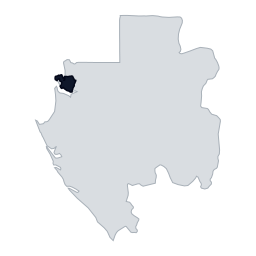 location of Komo-Mondah, Estuaire, Gabon
{"feature_id": "22940354B10433800471916", "entity_name": "Komo-Mondah", "entity_type": "district", "adm_level": 2, "iso_a3": "GAB", "parent_name": "Gabon", "parent_adm1": "Estuaire", "projection": "robinson", "projection_center": [9.643, 0.423], "detail": "fine", "context": "in_parent", "style": "filled", "palette": "ink", "viewbox_px": 256, "rotation_deg": 0, "n_neighbors": 0, "source": "geoboundaries", "source_scale": "gbopen_adm2", "svg_char_len": 4728}
<svg xmlns="http://www.w3.org/2000/svg" viewBox="0 0 256 256"><path d="M182.4,20.5L182.2,23.0L179.7,29.2L178.5,34.0L178.2,39.1L178.9,43.2L180.2,46.1L180.9,49.3L180.3,51.5L179.1,52.4L180.0,53.5L181.8,53.8L184.9,52.8L189.8,51.1L196.1,48.7L200.3,47.4L207.1,48.2L210.8,49.1L212.7,50.8L214.7,58.2L215.7,59.3L217.4,62.4L218.8,66.1L219.1,68.0L218.9,69.4L217.5,71.4L216.0,74.4L215.4,76.1L214.1,77.5L212.4,78.8L207.9,79.3L207.2,80.1L205.9,83.3L203.4,85.9L202.3,88.5L201.4,91.8L201.6,96.0L201.1,102.1L200.6,106.1L201.8,107.6L207.3,108.5L208.4,109.4L209.8,111.9L211.7,114.2L216.7,115.7L218.6,117.6L220.2,119.5L220.4,121.2L219.3,127.7L218.2,134.0L218.6,138.8L219.0,143.3L219.6,150.0L219.3,154.0L217.9,156.5L217.9,158.4L218.5,160.8L217.3,167.2L216.5,168.3L214.2,169.5L213.0,171.3L212.7,174.0L211.4,177.7L210.2,179.1L210.2,180.8L211.4,182.1L211.4,184.0L209.1,186.4L207.8,188.1L204.8,189.0L201.4,188.1L200.6,186.8L201.4,184.8L201.1,183.2L199.9,181.5L198.1,177.2L196.5,176.2L195.6,178.0L192.8,181.3L187.9,185.5L184.4,185.9L178.1,184.6L172.7,182.6L170.2,177.6L168.7,173.5L166.4,168.7L163.9,166.5L161.1,165.0L159.9,164.9L156.0,167.6L154.9,168.6L154.9,170.9L155.2,172.9L155.8,173.9L156.3,175.3L156.2,177.3L155.5,180.1L155.3,183.2L143.1,186.2L141.0,185.1L139.4,183.7L137.6,183.9L132.3,185.5L130.3,184.4L128.4,183.6L127.5,184.3L127.4,185.6L128.3,192.8L128.1,195.5L126.9,199.1L126.2,201.5L129.5,202.2L130.6,203.3L131.8,205.1L133.3,206.8L133.4,207.9L131.7,209.7L131.1,212.0L131.9,213.9L134.1,215.7L137.3,217.7L138.9,219.0L138.7,220.2L137.3,222.7L136.7,224.8L135.7,226.7L135.9,228.5L137.3,230.1L137.2,231.6L136.2,232.7L134.2,232.4L132.5,232.6L130.9,232.2L126.2,226.5L125.2,226.3L118.2,230.7L116.5,232.5L115.1,235.1L113.2,240.6L110.0,237.4L107.3,231.4L104.2,227.8L97.5,221.9L95.8,217.5L88.2,207.9L77.3,198.3L69.4,190.0L68.2,188.2L69.5,188.4L77.1,192.5L78.2,192.1L79.0,191.1L75.8,189.0L72.6,187.3L69.7,186.2L66.7,186.3L65.1,184.5L64.0,181.8L63.4,179.5L62.1,177.2L57.9,172.2L56.9,170.3L54.6,167.7L56.0,167.4L60.5,169.9L60.9,168.9L60.5,167.4L56.0,165.0L53.6,164.9L53.0,163.2L53.3,161.3L50.1,154.1L46.8,148.7L46.2,146.2L55.3,157.9L56.5,158.1L58.1,158.0L61.8,156.7L61.1,155.1L59.4,153.4L57.8,154.2L55.7,154.4L54.5,153.7L54.0,152.4L56.2,146.8L55.2,147.1L54.6,148.1L53.4,148.5L51.6,148.8L47.1,145.8L43.2,137.6L42.2,135.9L41.1,133.0L40.1,131.9L35.6,120.2L37.3,121.0L39.4,124.4L43.4,123.7L44.9,121.8L46.3,121.8L47.7,121.4L49.4,119.5L54.6,111.5L55.9,100.9L55.5,94.6L54.7,88.3L56.4,86.3L57.1,87.6L57.4,89.9L58.2,91.5L60.0,93.0L63.4,93.4L68.7,95.7L70.6,97.2L71.1,94.2L77.1,91.7L75.3,90.8L69.9,91.8L62.6,88.0L60.1,85.7L57.8,81.1L55.5,78.8L55.6,76.6L60.9,74.7L62.3,74.9L62.9,77.2L64.3,78.2L64.8,77.9L65.1,75.9L65.1,70.5L63.5,62.8L64.0,61.4L65.4,60.8L66.7,59.8L67.6,59.6L69.4,59.8L70.3,61.6L70.8,62.6L72.6,63.0L74.1,64.0L75.4,63.7L76.4,62.6L78.0,62.4L82.8,62.4L87.2,62.4L95.9,62.5L104.5,62.5L113.2,62.5L119.8,62.5L119.8,58.2L119.7,51.4L119.7,43.4L119.6,35.7L119.6,28.6L119.6,20.2L119.9,17.8L120.3,16.8L120.2,15.5L126.9,15.4L139.1,16.0L144.4,15.9L145.9,16.0L152.6,15.6L158.0,16.1L160.3,16.7L162.3,17.0L168.8,17.4L177.2,16.9L180.1,17.0L181.6,18.2L182.4,20.5Z" fill="#d9dde1" stroke="#a8b0b8" stroke-width="1"/><path d="M75.7,80.3L74.9,80.2L74.5,80.1L74.2,79.8L74.1,79.3L73.9,78.9L73.6,78.2L73.2,77.7L72.9,77.0L72.7,76.4L72.2,76.1L71.2,76.0L70.7,76.2L70.1,76.4L69.6,76.3L69.1,76.3L68.7,76.5L68.2,76.7L67.5,76.7L67.0,76.5L66.3,76.5L64.5,76.5L64.5,76.8L64.8,77.6L64.8,78.2L64.7,79.4L64.7,79.9L64.3,80.3L64.0,80.3L64.2,79.8L64.4,79.3L64.4,78.7L64.4,78.2L64.3,77.6L64.0,77.5L63.8,77.8L63.4,78.2L63.0,78.1L62.9,77.6L62.7,77.3L62.5,77.0L62.3,76.5L62.3,76.2L62.1,75.9L61.9,75.4L61.6,74.9L61.2,74.8L60.8,75.0L60.0,75.4L59.5,75.5L59.2,75.3L58.7,75.2L58.3,75.3L57.9,75.8L57.1,76.1L56.5,76.2L55.8,76.3L55.4,76.5L55.3,76.9L55.1,77.7L55.1,78.7L55.2,79.2L55.4,79.7L55.8,79.9L56.2,80.1L56.9,80.5L57.0,80.6L57.5,80.0L58.1,79.4L58.5,79.0L58.9,78.8L59.5,79.0L59.6,79.3L59.6,79.9L59.7,80.4L59.8,80.9L60.1,81.2L60.4,81.4L60.9,81.6L61.2,81.6L61.6,81.8L61.8,82.1L61.8,82.4L61.7,83.0L61.6,83.5L61.5,83.9L61.4,84.5L61.2,84.9L60.8,85.4L60.1,86.1L60.3,86.6L60.7,87.3L60.8,87.7L61.3,88.1L61.6,88.4L61.9,88.4L62.1,88.2L62.3,88.1L62.5,87.9L62.7,88.0L63.1,87.9L63.3,87.8L63.4,87.5L63.6,87.6L63.8,87.8L63.9,88.1L64.1,88.4L64.9,89.0L66.2,90.0L66.9,90.5L67.3,90.7L67.7,90.7L68.1,90.7L68.5,90.7L68.7,90.9L69.1,91.2L69.4,91.5L70.2,91.9L70.8,92.1L71.1,92.1L72.1,91.9L72.1,91.0L72.2,90.6L72.3,90.1L72.4,89.7L72.6,89.5L72.7,89.2L72.8,88.8L72.8,88.4L72.9,88.1L73.1,87.8L73.4,87.2L73.6,86.9L73.8,86.6L74.0,86.3L74.2,85.9L74.2,85.6L74.2,85.3L74.1,85.1L74.1,84.7L74.3,84.1L74.6,83.5L74.8,83.1L75.0,82.7L75.1,82.2L75.4,81.7L75.7,81.0L75.8,80.7L75.7,80.3Z" fill="#0f172a" stroke="#020617" stroke-width="1.5"/></svg>